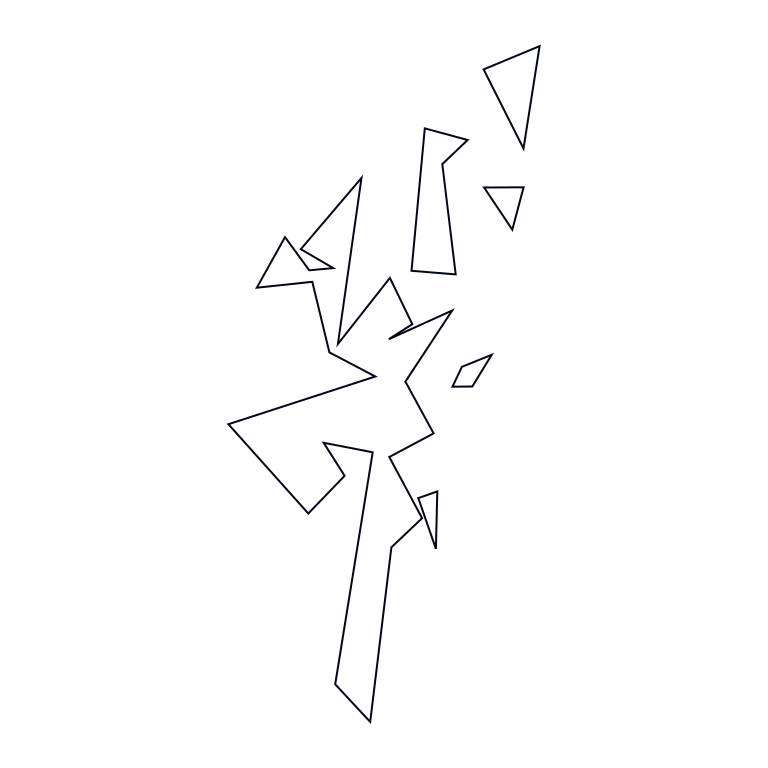 outline of Shetland Islands
{"feature_id": "GBR-2747", "entity_name": "Shetland Islands", "entity_type": "Unitary District (city)", "adm_level": 1, "iso_a3": "GBR", "parent_name": "United Kingdom", "parent_adm1": "", "projection": "albers", "projection_center": [-1.232, 60.181], "detail": "coarse", "context": "isolated", "style": "outline", "palette": "ink", "viewbox_px": 768, "rotation_deg": 0, "n_neighbors": 0, "source": "natural_earth", "source_scale": "10m", "svg_char_len": 730}
<svg xmlns="http://www.w3.org/2000/svg" viewBox="0 0 768 768"><path d="M388.8,339.2L452.2,310.5L405.4,381.6L433.6,433.4L389.3,457.0L422.1,518.2L391.4,547.3L370.2,721.9L335.2,684.3L372.7,452.3L323.7,442.8L344.6,475.8L308.3,513.5L228.4,424.2L375.3,376.5L329.4,352.4L312.3,281.8L256.8,287.7L285.0,237.1L309.2,270.3L333.2,268.1L300.8,249.2L361.5,177.9L337.9,344.0L389.9,277.9L412.3,324.2L388.8,339.2ZM467.6,140.0L442.3,164.1L455.7,274.4L411.5,270.8L424.8,128.4L467.6,140.0ZM523.5,148.5L483.6,69.4L539.6,46.1L523.5,148.5ZM523.6,187.3L512.3,229.7L484.1,187.5L523.6,187.3ZM437.3,491.4L435.9,548.8L418.3,498.1L437.3,491.4ZM491.7,354.8L472.3,386.5L452.5,386.7L461.9,366.8L491.7,354.8Z" fill="none" stroke="#020617" stroke-width="2"/></svg>